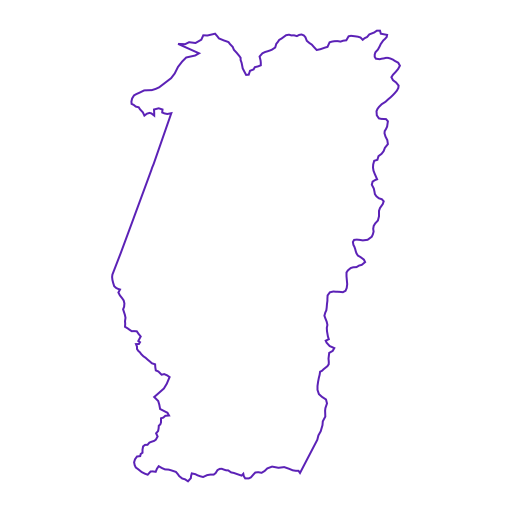 Pirenópolis, Goiás, Brazil
{"feature_id": "56859067B31927266402805", "entity_name": "Pirenópolis", "entity_type": "district", "adm_level": 2, "iso_a3": "BRA", "parent_name": "Brazil", "parent_adm1": "Goiás", "projection": "mercator", "projection_center": [-48.996, -15.826], "detail": "fine", "context": "isolated", "style": "outline", "palette": "violet", "viewbox_px": 512, "rotation_deg": 0, "n_neighbors": 0, "source": "geoboundaries", "source_scale": "gbopen_adm2", "svg_char_len": 5204}
<svg xmlns="http://www.w3.org/2000/svg" viewBox="0 0 512 512"><path d="M322.0,370.8L323.5,369.3L327.4,366.2L328.7,364.3L328.8,362.1L328.5,358.6L329.2,352.9L332.7,350.9L334.3,348.1L332.1,347.1L329.7,346.1L326.6,342.7L325.7,340.7L328.8,339.2L327.9,336.4L327.0,331.3L326.8,327.9L327.4,324.9L326.7,321.7L325.3,318.2L324.4,315.7L325.3,312.5L326.3,310.4L326.7,307.5L327.0,303.8L327.4,300.8L327.4,298.8L327.6,295.4L329.9,292.3L333.4,291.5L335.5,291.7L339.1,291.8L342.9,292.2L345.5,290.8L346.7,288.0L347.2,284.2L346.5,276.2L346.5,272.5L347.8,270.5L349.3,269.2L350.8,268.0L353.1,267.3L356.5,267.1L359.2,265.5L361.7,264.9L365.1,262.1L363.9,259.6L360.4,257.0L357.9,255.6L356.5,253.4L355.8,251.4L355.2,249.1L354.4,246.8L353.4,244.9L352.9,242.0L354.1,239.9L356.8,239.6L359.8,239.9L362.8,240.4L367.6,239.8L371.7,236.8L372.8,234.5L373.6,231.6L373.2,228.8L373.7,225.9L375.2,223.4L377.9,220.5L379.0,216.3L379.0,210.8L380.0,208.0L382.8,204.0L383.7,201.3L381.8,199.2L378.9,198.3L376.4,196.3L374.9,194.1L374.5,191.8L373.8,188.5L371.8,184.7L372.6,181.6L375.0,180.1L377.1,179.3L375.9,176.5L374.7,173.8L373.5,170.7L373.0,167.6L373.2,164.4L374.2,160.8L377.4,159.8L378.5,156.1L381.5,153.9L383.6,151.2L384.9,147.8L387.9,144.1L387.3,140.1L385.5,136.6L384.5,133.3L384.7,131.1L386.0,129.0L387.1,126.6L387.9,121.3L386.0,119.1L381.4,118.9L378.9,118.4L376.8,115.3L376.5,111.2L377.5,108.9L379.0,106.9L381.7,104.2L385.5,101.8L388.3,99.2L390.6,97.3L392.8,95.2L394.7,93.2L396.9,90.6L398.3,88.0L398.6,85.6L396.1,82.5L393.0,80.2L391.4,77.2L393.0,74.7L395.5,72.1L398.1,69.0L399.9,65.7L398.2,62.7L394.8,60.9L392.9,59.6L390.3,58.5L388.1,57.9L385.8,57.9L383.9,58.4L381.7,58.7L379.7,59.2L375.9,58.7L374.7,56.8L374.7,54.6L375.4,52.3L377.9,49.6L379.7,46.3L380.7,44.1L382.1,42.1L383.3,40.4L384.9,39.0L386.7,37.0L387.1,34.9L380.8,33.7L380.0,30.7L376.8,30.7L374.2,32.5L369.3,34.4L367.1,37.0L364.6,38.2L362.7,39.8L360.5,37.5L357.9,36.7L355.1,36.3L351.0,35.8L348.6,36.3L346.3,40.3L343.2,40.7L340.5,41.6L337.6,41.1L334.4,41.2L332.0,41.6L329.6,42.3L327.5,46.9L325.3,47.5L320.4,49.2L316.7,50.0L313.8,46.9L311.8,44.6L309.5,43.1L306.8,40.8L305.4,37.2L303.8,35.4L301.5,34.5L299.2,34.9L296.9,36.1L294.0,35.3L291.4,35.4L289.0,34.7L286.1,35.2L281.6,38.5L279.2,39.9L277.8,42.0L276.3,43.8L275.2,47.5L271.9,49.7L269.9,50.5L267.5,51.3L265.1,52.0L262.4,53.3L259.6,56.5L260.6,60.7L260.8,62.9L260.8,65.3L258.0,66.4L254.8,67.2L253.6,69.4L250.0,70.8L248.7,74.7L246.1,74.9L244.2,71.3L242.7,68.4L242.3,66.3L241.6,62.8L240.6,60.0L240.6,57.8L239.4,56.1L236.6,52.7L233.9,49.8L232.7,46.9L230.0,44.1L228.5,42.1L226.1,41.2L224.0,40.5L218.9,38.4L217.5,36.5L215.1,33.7L207.4,35.5L203.3,35.3L201.3,39.7L195.5,43.0L189.1,42.2L185.1,44.2L178.1,43.9L199.0,53.3L195.2,55.5L186.2,57.5L182.2,61.5L178.0,66.9L174.7,73.5L171.1,78.2L159.2,87.3L155.7,88.9L151.9,90.1L144.2,90.4L139.9,92.5L136.3,94.1L134.0,95.4L132.1,98.5L131.4,101.6L131.6,103.9L133.7,104.9L135.8,106.6L138.7,107.3L140.0,109.3L142.9,112.4L144.4,115.6L146.9,113.7L149.5,112.9L151.4,113.4L154.2,115.6L154.2,112.9L154.0,109.5L158.7,108.3L162.5,109.5L162.2,112.5L164.4,113.4L167.3,114.0L171.3,113.2L153.6,164.1L152.1,167.7L151.4,169.9L147.0,181.9L134.2,216.6L133.3,219.1L120.8,252.9L112.4,274.6L112.1,277.0L112.4,279.8L113.1,282.7L114.2,286.2L116.2,288.0L118.1,288.9L120.0,289.5L118.4,292.5L119.9,295.4L122.2,298.3L123.7,300.5L124.4,303.5L124.1,306.8L123.1,309.3L124.0,312.1L124.9,314.9L125.5,317.8L125.0,321.2L125.2,323.8L125.0,326.8L127.7,328.4L129.6,329.8L131.7,331.2L133.9,331.1L136.8,331.3L138.5,333.8L140.7,336.5L139.5,338.7L138.3,341.0L140.0,342.2L138.9,344.0L136.0,344.1L137.0,346.7L137.0,349.0L138.3,350.9L139.9,352.3L141.2,354.1L143.4,356.3L145.6,357.8L147.8,359.8L149.9,361.5L151.9,363.3L155.1,364.3L155.3,367.3L155.8,370.4L158.4,371.5L161.6,374.7L164.2,374.1L167.2,375.4L169.6,377.1L168.6,379.4L166.8,383.7L163.9,388.5L157.0,394.6L154.2,397.0L158.2,401.0L159.3,404.7L160.1,409.0L167.5,412.8L169.0,415.5L165.3,415.8L163.3,417.6L161.0,418.3L161.0,422.4L160.3,424.4L158.8,425.7L158.6,428.4L158.1,431.0L156.1,433.3L157.6,436.5L155.8,439.7L154.1,440.9L151.4,441.8L149.4,442.6L147.5,444.8L145.0,444.9L143.1,446.4L142.5,449.7L142.5,452.7L140.7,454.0L140.2,456.1L137.0,456.5L135.0,459.3L134.1,462.3L134.7,465.2L135.8,467.5L138.4,469.4L141.6,472.0L144.9,473.7L147.7,474.7L150.6,471.5L152.7,471.4L155.7,471.8L156.9,468.8L158.7,466.2L162.0,468.1L165.0,469.4L168.6,469.6L171.4,470.4L175.9,471.9L177.8,474.1L179.2,476.1L182.2,478.5L185.0,479.3L188.0,481.3L190.8,478.2L191.1,475.9L191.8,473.4L195.4,474.2L197.5,475.3L200.3,476.3L203.1,477.0L207.2,475.1L210.3,474.6L213.7,474.6L215.6,473.1L217.5,470.1L219.7,468.9L221.8,468.8L223.9,469.6L226.1,470.3L228.2,470.4L231.1,472.4L233.7,472.9L238.6,474.6L241.6,475.6L243.3,473.8L243.8,476.2L245.2,478.4L248.8,478.4L250.9,477.4L253.6,474.3L255.3,472.5L258.2,472.2L261.6,472.8L264.6,471.0L267.3,468.4L272.1,466.6L278.5,467.8L284.2,467.1L289.1,468.8L292.7,470.3L295.8,470.8L298.5,470.8L300.0,473.0L316.1,442.1L317.3,439.8L318.4,435.4L320.7,431.3L322.5,425.1L322.8,421.3L325.3,416.6L325.1,410.6L325.4,408.1L327.0,403.4L326.0,399.5L321.9,396.8L318.9,394.1L317.5,389.9L317.5,386.0L318.1,381.7L318.9,377.6L319.6,374.9L320.1,371.7L322.0,370.8Z" fill="none" stroke="#5b21b6" stroke-width="2"/></svg>